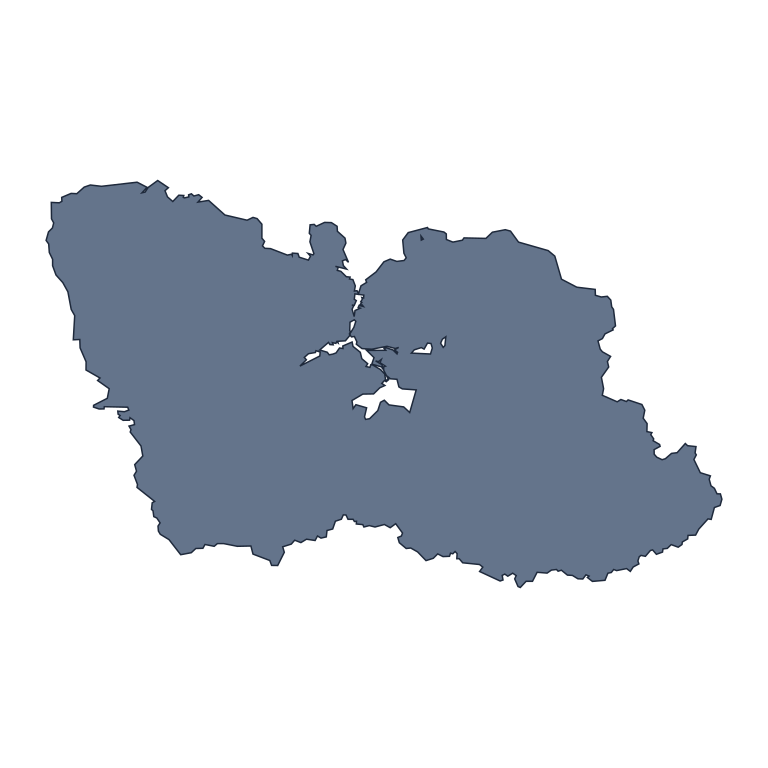 the district of Kadamjay, Batken, Kyrgyzstan
{"feature_id": "92254566B89455719533038", "entity_name": "Kadamjay", "entity_type": "district", "adm_level": 2, "iso_a3": "KGZ", "parent_name": "Kyrgyzstan", "parent_adm1": "Batken", "projection": "equal_earth", "projection_center": [71.702, 39.995], "detail": "fine", "context": "isolated", "style": "filled", "palette": "slate", "viewbox_px": 768, "rotation_deg": 0, "n_neighbors": 0, "source": "geoboundaries", "source_scale": "gbopen_adm2", "svg_char_len": 6109}
<svg xmlns="http://www.w3.org/2000/svg" viewBox="0 0 768 768"><path d="M720.1,505.5L721.9,499.2L720.4,493.9L717.0,493.8L714.4,488.3L711.0,485.8L709.2,479.2L710.4,475.9L700.3,472.7L693.9,459.5L696.3,454.9L695.1,452.9L696.0,446.6L687.6,445.7L685.3,443.5L677.1,452.7L671.5,453.4L665.4,458.7L662.1,459.7L656.8,457.2L654.2,454.2L654.1,449.6L660.1,446.4L659.6,444.5L653.1,440.7L653.7,438.9L650.8,434.7L651.9,432.6L646.9,431.6L647.1,423.6L643.2,418.2L644.8,410.2L641.9,404.5L628.1,399.9L626.4,401.5L620.9,399.5L617.2,401.8L602.3,395.3L603.6,388.7L601.4,377.3L608.7,367.0L607.4,361.5L610.6,356.4L602.4,351.8L600.2,349.1L598.0,340.9L602.4,338.6L605.0,333.9L613.1,329.9L612.5,328.7L615.5,325.9L613.5,309.4L611.7,306.8L610.8,300.1L607.3,296.3L601.3,297.0L595.4,295.3L595.2,289.4L576.8,287.2L561.5,279.2L554.8,256.1L548.2,250.6L518.5,242.1L510.5,231.1L505.3,229.7L492.4,232.2L485.9,238.4L464.0,237.9L462.4,240.2L452.9,242.1L446.4,239.5L446.3,233.9L443.9,232.0L428.3,228.9L427.5,227.5L408.2,232.6L402.7,240.0L403.9,253.2L406.2,257.8L404.1,260.5L396.8,261.4L390.2,259.1L383.9,261.8L376.1,271.9L365.7,279.8L366.6,282.4L361.0,285.8L358.5,293.6L357.0,290.7L354.4,291.0L355.3,285.9L352.9,279.6L349.5,279.0L350.1,277.1L346.3,276.7L340.8,271.3L337.3,270.4L338.2,267.3L335.4,266.3L346.6,269.1L343.4,265.6L342.4,260.9L345.5,259.5L348.5,262.3L343.0,249.5L345.9,243.1L345.0,238.1L337.4,231.3L337.1,226.3L331.4,222.6L324.6,222.4L316.2,226.3L314.2,224.4L310.1,224.8L309.3,233.3L311.1,235.4L309.9,241.8L313.9,253.7L313.0,254.9L308.0,253.4L310.5,256.2L308.4,260.1L299.2,257.2L297.9,253.5L292.4,253.1L292.3,255.6L291.5,254.2L287.4,255.1L270.5,248.6L264.8,248.3L262.5,245.9L264.6,241.4L261.9,238.2L261.9,224.2L257.1,218.6L253.0,217.4L247.1,220.2L224.9,215.0L208.6,200.4L198.0,202.1L202.1,197.4L198.7,194.7L193.9,196.0L191.4,193.8L188.6,194.8L188.8,196.9L184.4,197.9L183.3,197.4L183.8,195.5L178.8,195.2L172.8,201.5L167.5,196.9L165.0,190.7L168.4,187.7L157.7,180.5L148.1,187.5L145.1,192.1L142.0,192.8L147.0,187.3L137.1,182.2L101.5,186.3L90.3,185.0L84.2,187.1L76.8,193.7L71.1,193.4L61.7,197.4L61.9,201.3L59.3,202.8L51.3,202.4L51.5,218.8L53.7,222.9L52.4,228.0L48.5,231.9L46.1,240.4L48.7,244.0L49.3,252.5L52.6,259.3L52.6,265.7L56.0,275.0L62.8,282.6L67.9,291.8L71.2,309.4L74.7,315.6L73.3,339.8L79.8,339.5L80.1,347.9L86.1,361.8L86.0,370.0L100.0,378.0L97.6,380.5L109.2,388.7L107.3,398.3L93.6,405.3L93.5,407.1L99.1,409.0L104.0,408.9L104.3,406.7L127.7,407.2L128.8,410.1L124.4,411.7L117.8,411.1L118.1,414.2L120.1,415.5L118.7,417.5L123.1,420.3L129.6,420.2L130.0,417.7L134.0,420.6L134.5,424.6L129.0,426.1L131.0,429.6L130.2,432.0L141.0,446.0L142.8,456.0L134.7,464.6L136.5,471.2L134.0,475.3L137.5,484.5L137.0,487.4L154.6,501.4L152.2,502.8L151.5,509.4L153.0,510.8L153.8,516.6L156.8,518.0L160.1,522.9L158.0,526.1L158.4,531.1L160.3,534.3L169.0,539.6L180.7,554.7L191.3,552.7L195.8,548.5L202.9,548.3L205.0,544.5L214.2,546.3L217.4,543.6L223.7,543.6L237.3,546.3L250.9,546.0L253.0,554.1L269.8,560.5L271.6,565.4L277.7,565.5L284.3,552.3L282.7,546.8L291.3,544.1L294.7,540.2L300.9,542.6L306.5,539.2L315.1,540.5L317.5,536.0L321.0,538.1L326.3,536.9L327.0,530.5L332.7,529.0L335.4,521.2L341.4,519.2L343.3,514.9L346.0,515.0L348.0,519.3L353.1,519.3L354.4,521.5L356.5,521.3L356.3,524.0L362.8,524.6L363.9,527.0L369.3,525.6L375.0,527.0L384.4,524.5L390.2,527.7L395.7,523.7L402.5,533.0L401.4,536.0L397.8,537.5L399.3,542.7L406.2,548.5L410.7,548.0L417.6,551.9L426.0,560.6L433.3,558.3L437.7,553.9L443.0,556.6L449.5,556.3L450.5,553.2L452.8,553.8L455.1,551.5L457.1,553.6L456.8,558.7L459.2,558.7L462.7,562.8L479.5,564.5L482.8,567.1L479.6,571.5L500.1,581.0L503.0,580.0L502.2,575.4L504.8,574.1L507.8,576.2L512.7,573.2L516.2,575.6L514.7,578.9L518.0,586.5L520.3,587.5L526.1,581.3L532.5,581.3L537.1,572.3L547.1,573.1L551.4,570.1L556.5,569.5L558.1,571.2L561.4,570.2L567.4,575.1L572.4,575.4L577.9,578.8L582.8,579.0L586.0,574.8L589.0,576.1L587.4,577.5L592.4,581.4L605.0,580.3L607.9,573.2L611.3,572.5L613.7,569.5L616.6,570.6L626.6,568.6L630.3,571.4L633.2,567.0L638.9,563.9L637.9,561.0L639.2,556.8L641.0,555.4L645.4,556.3L650.4,550.5L652.6,549.9L656.4,554.3L662.5,552.1L663.0,548.9L667.3,548.4L671.2,544.6L678.2,547.2L682.0,544.5L682.3,542.0L687.7,538.9L688.0,535.4L695.6,535.1L698.8,529.1L708.0,518.9L711.2,519.4L714.4,507.5L720.1,505.5ZM352.0,400.5L362.8,394.1L373.6,393.9L379.8,387.8L384.9,385.5L381.8,383.4L384.5,380.5L386.2,381.7L388.7,379.6L387.0,376.0L390.4,378.8L397.0,379.3L398.9,386.9L402.3,388.9L416.2,389.9L409.7,412.5L403.7,406.9L389.0,404.9L384.3,400.2L380.5,402.3L377.8,410.6L369.6,418.7L365.6,419.4L364.5,416.9L366.6,407.8L355.9,404.7L353.1,408.6L352.0,400.5ZM319.7,350.0L328.5,342.4L329.9,344.6L333.2,344.8L332.4,342.6L335.9,343.4L336.7,341.7L338.1,342.9L337.7,341.3L345.4,340.8L349.9,335.4L349.4,333.8L350.4,331.7L350.0,335.1L351.5,336.9L354.4,336.5L356.9,341.9L356.3,344.2L362.0,348.6L371.9,349.2L387.0,346.3L395.3,348.5L398.7,347.4L394.5,349.9L397.6,352.3L397.0,353.9L393.0,350.0L386.5,347.8L384.1,348.4L385.7,350.3L366.7,350.4L374.0,357.6L371.8,364.1L381.7,367.0L382.8,369.4L382.0,364.7L375.6,360.9L378.3,361.7L381.3,359.5L380.0,362.7L385.4,366.2L383.6,366.8L383.7,370.2L388.3,379.2L385.7,380.6L384.7,374.0L380.5,369.6L372.6,364.9L370.8,364.7L369.9,367.4L366.0,366.5L367.7,363.7L361.8,358.7L360.3,352.3L353.0,346.4L352.1,342.0L342.8,346.0L343.0,348.5L339.5,348.0L336.1,352.9L332.9,354.1L329.2,354.8L327.2,352.2L319.7,350.0ZM411.4,353.1L414.3,349.8L421.3,347.6L424.1,349.1L427.5,343.1L431.0,343.5L432.3,348.0L430.5,354.0L411.4,353.1ZM351.8,305.0L354.2,305.4L356.3,300.6L354.3,299.3L354.9,293.9L363.8,295.1L363.6,298.0L361.8,297.5L362.4,299.1L360.7,301.8L361.8,302.4L359.8,305.0L362.1,304.9L363.4,306.5L359.1,305.4L358.2,307.5L360.2,308.2L355.0,310.5L354.2,316.6L352.1,309.2L353.8,305.5L351.8,305.0ZM299.9,366.1L306.4,359.8L304.3,357.4L308.5,353.7L315.4,352.5L316.0,350.7L320.2,352.0L319.8,356.0L299.9,366.1ZM349.7,330.7L350.0,322.2L354.3,319.8L355.8,321.3L353.9,327.3L351.1,331.9L349.7,330.7ZM440.6,343.2L442.4,339.2L445.8,336.8L444.9,345.6L443.2,347.4L440.6,343.2ZM421.3,240.1L421.0,236.1L423.3,239.1L421.3,240.1Z" fill="#64748b" stroke="#1e293b" stroke-width="1.5"/></svg>